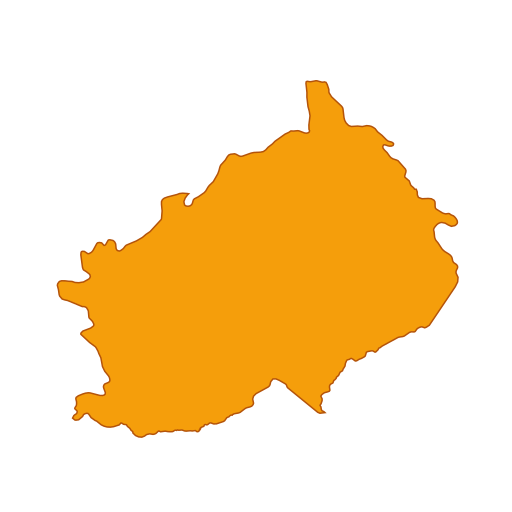 an SVG outline of Amazonas, rotated 262°
{"feature_id": "VEN-38", "entity_name": "Amazonas", "entity_type": "State", "adm_level": 1, "iso_a3": "VEN", "parent_name": "Venezuela", "parent_adm1": "", "projection": "albers", "projection_center": [-66.172, 3.421], "detail": "fine", "context": "isolated", "style": "filled", "palette": "amber", "viewbox_px": 512, "rotation_deg": 262, "n_neighbors": 0, "source": "natural_earth", "source_scale": "10m", "svg_char_len": 5993}
<svg xmlns="http://www.w3.org/2000/svg" viewBox="0 0 512 512"><g transform="rotate(262 256 256)"><path d="M327.0,198.0L326.0,196.6L323.2,193.9L319.8,192.1L316.4,192.4L315.5,193.3L314.9,194.7L314.7,196.3L314.9,197.8L315.8,199.4L317.0,200.3L320.1,201.7L321.2,202.9L322.7,207.2L325.9,213.5L327.4,215.3L330.8,218.0L332.4,219.6L335.6,224.1L342.7,229.6L345.7,231.2L349.1,232.6L350.8,233.6L355.2,238.9L358.4,241.5L359.8,243.1L360.3,244.9L360.2,249.0L359.6,250.3L357.6,253.0L356.9,254.3L356.7,256.1L358.6,265.4L358.8,268.4L358.2,274.7L358.4,277.8L359.7,280.4L362.0,283.1L364.7,287.9L367.0,290.8L372.7,301.8L373.9,305.8L375.0,307.9L374.5,310.5L374.3,314.7L373.9,316.1L371.1,321.2L370.6,323.0L370.7,324.6L371.3,325.9L372.5,326.5L374.1,326.1L378.4,326.6L387.3,329.0L392.0,328.9L396.6,328.3L406.2,328.5L410.9,329.2L420.1,329.5L421.6,330.0L421.9,331.0L421.1,333.6L421.0,334.7L421.2,339.7L421.0,340.8L419.0,345.4L418.8,346.6L418.9,347.9L418.2,349.5L415.9,350.4L410.9,351.3L408.1,351.0L407.1,351.2L403.1,353.0L392.4,361.6L390.9,362.4L389.5,362.6L380.8,362.4L378.0,362.7L375.3,363.7L372.3,365.9L371.0,368.4L370.5,374.8L369.4,379.3L369.7,383.8L369.0,386.6L368.2,388.4L366.9,390.2L365.5,391.7L362.0,393.7L357.9,397.6L352.8,401.4L351.3,403.0L350.0,406.0L349.1,407.3L347.8,407.9L346.4,407.1L346.0,405.4L346.2,403.5L346.7,402.1L348.2,399.1L348.2,397.7L346.6,396.7L344.9,396.9L343.1,397.9L340.1,400.2L336.2,402.2L334.5,403.4L333.1,405.2L331.5,408.5L330.6,409.9L321.2,416.1L319.7,416.4L318.3,416.1L314.6,414.4L313.3,414.4L309.0,418.2L304.7,419.1L303.9,419.6L301.5,421.7L300.1,422.3L299.8,424.0L297.0,424.6L294.0,424.3L291.4,425.0L289.6,428.4L289.0,434.6L288.3,437.6L286.5,440.0L285.0,440.7L283.5,440.7L280.5,440.3L278.6,440.3L277.4,441.0L272.8,446.5L272.0,447.9L271.3,449.7L271.3,452.4L271.0,453.4L269.6,454.9L268.2,457.2L266.6,458.5L264.8,459.5L263.2,460.1L261.5,460.2L260.2,459.7L259.2,458.6L258.4,457.1L258.2,453.6L260.0,450.7L262.2,447.9L263.4,444.5L263.3,442.7L262.8,441.1L262.0,439.6L260.2,437.5L258.5,436.0L257.5,435.6L256.7,435.5L255.1,435.7L249.8,435.5L248.3,435.7L246.5,436.3L243.6,438.1L237.2,441.1L235.8,442.1L234.1,443.6L231.3,447.0L229.7,448.6L228.2,449.5L226.8,449.9L223.6,450.1L222.0,450.8L219.6,453.4L217.9,454.2L216.3,454.0L213.9,452.4L212.4,451.8L211.0,451.8L206.8,453.1L202.3,452.1L197.8,449.0L163.3,418.0L161.8,414.8L161.4,413.1L162.8,410.4L162.7,408.6L162.2,406.8L161.4,405.3L159.1,403.1L158.8,402.1L159.3,399.1L159.0,397.4L156.1,391.7L155.8,390.2L155.8,386.9L155.6,385.3L149.3,368.5L147.9,366.0L147.8,365.2L147.5,364.7L146.1,363.7L144.4,361.4L144.2,360.5L145.8,358.4L146.0,357.1L145.8,353.1L145.3,351.9L141.8,350.3L141.1,349.3L139.9,346.2L139.4,343.9L138.2,341.1L138.2,339.7L140.5,337.4L141.4,335.9L140.6,333.8L140.5,332.4L140.3,331.7L139.7,331.1L137.2,329.6L134.6,328.8L131.7,326.4L130.3,325.7L129.2,323.1L126.2,321.1L124.8,318.8L123.6,318.3L122.4,316.8L121.9,315.7L119.6,314.5L118.6,311.9L117.5,310.9L116.1,310.5L112.8,310.5L111.9,309.8L111.5,308.1L111.1,304.8L110.5,303.5L109.5,301.8L108.2,300.7L105.3,301.6L103.5,301.3L100.5,299.8L99.7,298.9L99.0,298.6L97.6,299.3L95.2,299.3L93.7,299.7L92.4,301.6L91.3,302.5L91.4,297.4L92.6,295.4L121.0,269.1L121.9,268.6L124.3,268.1L125.2,267.4L129.6,261.8L131.5,258.7L131.9,255.7L129.5,253.1L126.7,252.0L125.6,251.3L124.6,249.9L119.7,236.9L117.6,234.1L114.8,232.8L110.6,233.1L109.2,232.4L107.9,230.9L107.4,229.1L107.0,225.5L106.3,223.7L103.4,218.6L103.0,217.0L102.8,212.4L102.2,210.7L101.7,210.4L101.9,209.1L101.4,207.8L100.6,206.9L100.0,204.6L97.2,202.0L96.6,200.6L95.3,193.5L95.6,190.7L96.9,188.3L97.1,187.5L96.9,186.5L95.9,184.9L95.6,183.9L96.2,182.3L96.1,181.7L95.8,181.3L94.6,180.6L94.0,178.1L93.5,177.1L92.1,176.1L92.1,176.6L91.5,176.1L90.4,174.9L90.1,174.0L90.3,173.0L91.6,171.6L91.6,168.5L92.1,166.6L92.3,162.5L92.7,160.9L94.0,158.5L94.2,155.3L94.7,153.9L94.3,153.2L94.7,152.3L94.7,151.4L93.7,149.1L93.8,147.4L94.3,144.5L95.2,141.7L95.2,137.0L96.1,135.7L96.2,135.0L94.2,132.2L93.8,130.8L93.7,129.2L94.7,125.9L94.4,122.8L93.2,120.6L92.5,117.7L93.2,114.6L95.0,111.7L97.8,109.5L99.3,109.5L100.8,108.0L102.9,107.1L104.9,105.2L105.7,104.7L106.6,104.4L107.0,104.1L107.8,101.4L109.2,99.8L109.4,98.9L107.8,97.1L106.8,91.3L106.8,88.0L107.4,84.8L108.6,81.9L110.4,79.2L114.8,75.1L115.4,73.9L118.9,70.2L122.6,68.4L123.5,67.6L123.8,66.4L123.6,64.7L123.0,63.2L121.2,61.9L118.5,57.6L118.5,54.8L118.8,53.8L121.0,51.8L123.3,53.4L123.9,54.3L124.9,56.4L126.3,57.2L127.0,57.3L127.9,57.0L129.5,55.6L130.2,55.3L131.1,55.7L132.8,57.2L134.3,57.7L136.5,58.0L139.7,57.7L141.0,58.2L142.3,60.6L143.5,65.3L143.9,68.0L143.9,70.9L143.5,72.7L139.6,82.1L139.2,84.8L139.5,86.5L140.2,87.4L141.9,87.8L145.9,86.9L147.6,86.7L148.8,87.1L149.7,87.7L150.4,88.6L151.2,91.8L151.8,93.1L152.7,93.9L154.4,94.1L156.5,93.8L157.9,93.2L162.9,90.2L167.8,88.6L176.8,88.2L181.3,86.8L183.7,86.3L187.2,85.0L188.5,84.3L193.5,79.2L202.8,71.7L203.8,71.8L204.4,72.3L205.8,74.2L207.6,82.2L209.2,85.1L209.9,85.7L211.1,85.9L213.4,85.2L214.7,84.5L217.6,82.3L218.7,82.0L224.9,82.3L225.7,82.1L228.2,81.1L229.2,80.1L229.8,78.7L230.1,76.9L238.1,63.3L239.2,60.4L240.4,58.0L243.6,56.0L245.2,55.7L250.1,55.7L254.6,55.2L256.0,55.7L257.7,57.2L258.3,58.3L258.5,60.2L257.9,63.8L257.1,66.8L256.4,70.3L255.0,73.0L254.2,76.8L254.3,81.6L256.4,87.1L257.0,88.0L258.4,89.0L258.9,89.1L260.6,88.9L261.5,88.3L264.1,85.8L266.2,83.3L267.2,82.9L269.0,82.6L281.5,82.7L283.7,83.2L284.6,83.8L284.8,85.0L284.4,86.7L281.7,89.8L281.6,91.0L282.5,93.4L283.3,94.5L284.3,95.5L290.5,100.1L291.1,101.0L291.2,102.7L290.5,104.9L290.1,105.3L288.0,106.7L287.7,106.9L287.6,107.7L288.2,108.7L292.2,111.8L292.5,112.7L292.4,113.5L291.3,116.5L290.3,117.5L289.4,118.1L287.5,118.7L282.7,118.5L280.9,119.3L280.5,119.9L279.9,121.4L280.4,123.1L281.8,125.6L284.0,127.9L284.8,129.1L287.6,139.7L290.2,146.1L292.7,150.0L294.9,154.5L305.4,167.3L306.0,167.6L313.7,169.3L320.3,169.6L323.0,170.0L324.6,171.0L325.5,172.2L326.1,173.4L326.8,176.8L327.9,186.4L328.5,189.0L328.4,192.1L327.4,196.8L327.0,198.0Z" fill="#f59e0b" stroke="#b45309" stroke-width="1.5"/></g></svg>